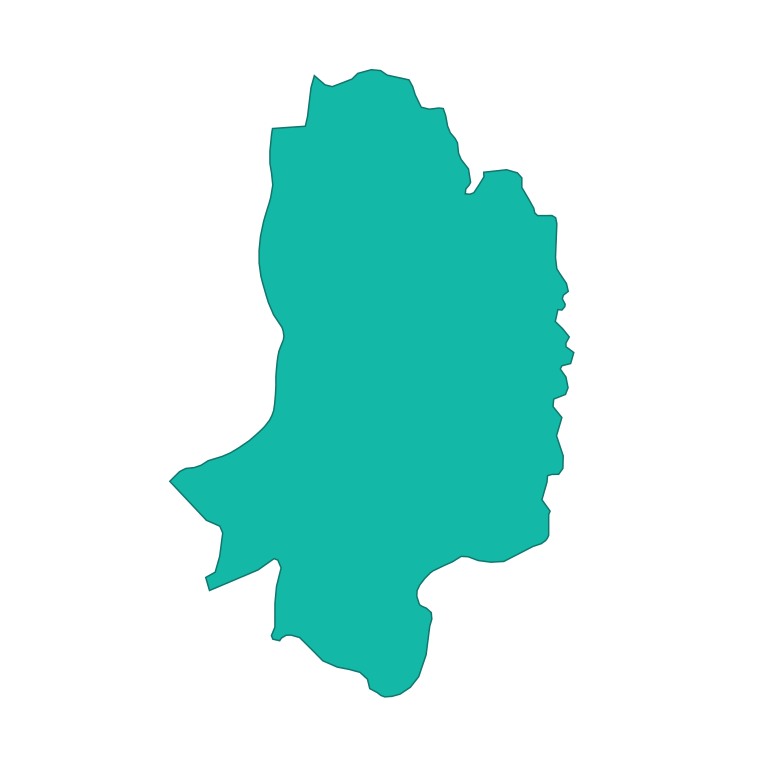 Nuevo Berlín, Río Negro, Uruguay, rotated 11°
{"feature_id": "84410073B28261927215245", "entity_name": "Nuevo Berlín", "entity_type": "district", "adm_level": 2, "iso_a3": "URY", "parent_name": "Uruguay", "parent_adm1": "Río Negro", "projection": "equal_earth", "projection_center": [-58.007, -32.972], "detail": "fine", "context": "isolated", "style": "filled", "palette": "teal", "viewbox_px": 768, "rotation_deg": 11, "n_neighbors": 0, "source": "geoboundaries", "source_scale": "gbopen_adm2", "svg_char_len": 2621}
<svg xmlns="http://www.w3.org/2000/svg" viewBox="0 0 768 768"><g transform="rotate(11 384 384)"><path d="M225.8,154.5L226.0,160.3L227.6,177.2L230.0,189.4L233.3,198.2L236.9,210.0L237.2,222.4L236.8,228.0L235.7,237.8L235.2,242.9L234.8,247.7L234.6,262.7L235.9,276.7L238.4,289.3L240.2,294.5L242.6,301.7L245.8,308.4L251.5,319.6L255.1,326.3L258.3,331.0L262.4,337.1L273.1,347.9L274.9,351.2L276.6,356.0L276.8,359.8L275.3,367.7L274.6,372.1L274.6,377.5L274.9,382.5L275.6,390.0L276.5,397.5L278.2,406.1L279.5,415.3L280.4,423.9L280.8,431.0L280.0,436.4L278.6,441.3L275.1,448.3L273.9,450.2L272.7,452.0L268.0,458.4L262.4,465.5L253.4,474.6L246.1,481.1L238.8,486.1L234.6,488.3L226.1,492.8L219.9,498.7L213.6,502.3L209.6,503.5L207.9,504.0L205.7,504.7L202.8,506.8L200.0,509.1L195.7,515.4L192.3,520.4L235.7,551.7L250.0,554.9L254.1,561.0L255.6,584.4L254.2,600.9L245.9,607.9L252.1,620.0L295.9,590.5L309.4,576.4L313.4,577.1L318.1,584.1L317.1,603.1L318.8,620.0L323.3,643.4L321.5,652.5L323.6,655.7L330.6,655.9L331.1,654.5L332.0,652.8L333.2,651.7L335.9,649.3L340.6,648.2L349.6,649.0L363.5,658.3L376.8,667.4L392.1,670.8L403.6,670.8L415.3,671.6L424.1,676.9L428.1,685.7L436.2,688.2L440.4,690.3L444.4,691.0L451.4,689.1L458.9,685.4L467.7,676.7L473.9,664.7L477.0,641.9L475.1,612.9L475.3,611.0L475.8,605.6L474.0,599.4L468.4,596.0L463.4,594.9L460.9,593.8L456.8,586.4L456.3,583.5L455.9,580.5L457.4,574.5L461.0,567.3L465.3,560.8L467.6,558.2L477.5,550.8L485.2,545.4L492.6,538.5L499.5,537.5L510.2,539.3L522.9,538.5L535.5,535.3L559.1,516.7L561.1,515.1L568.9,510.7L572.5,506.9L573.9,503.9L574.5,501.0L570.6,480.8L571.3,477.1L561.1,467.5L562.7,449.2L562.0,442.8L566.1,440.7L572.7,439.3L575.7,432.7L573.6,420.3L563.2,401.9L565.0,383.0L554.2,373.9L553.5,366.4L564.1,359.6L565.4,352.6L561.3,342.5L554.2,335.7L555.1,332.2L563.3,328.3L564.3,316.9L555.5,312.7L554.8,309.1L556.9,302.5L549.0,295.8L540.2,290.0L540.5,277.8L544.6,277.4L546.7,273.6L546.6,271.1L542.8,266.4L543.1,262.6L547.2,257.9L543.9,250.5L535.4,242.0L531.7,238.0L528.2,227.1L523.1,193.8L520.8,188.1L516.8,186.6L502.7,189.4L499.4,187.3L497.4,182.8L490.5,174.6L481.8,164.8L480.0,155.4L474.7,151.3L463.5,150.3L441.5,157.1L442.6,161.6L439.4,170.1L435.7,179.1L432.2,181.3L427.5,181.8L427.1,177.0L429.6,172.5L430.5,169.5L425.9,156.8L416.9,148.9L413.2,143.4L410.1,133.3L407.1,129.6L401.1,124.7L397.2,118.7L393.4,108.9L389.6,102.3L385.2,102.6L376.0,105.6L367.7,105.2L359.4,94.1L355.4,86.6L350.5,80.7L328.2,80.2L320.9,77.0L311.6,77.9L299.0,84.1L294.4,90.8L276.5,102.0L269.0,101.6L256.8,94.6L255.8,106.9L257.9,136.0L257.6,146.0L242.5,150.0L225.8,154.5Z" fill="#14b8a6" stroke="#0f766e" stroke-width="1.5"/></g></svg>